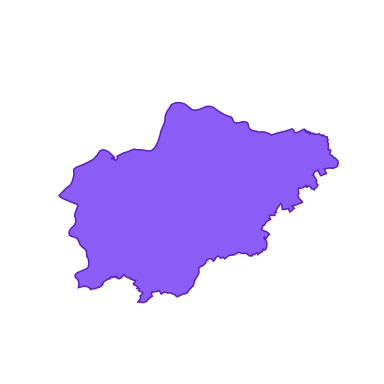 outline of Piltown Lea-5, Kilkenny, Ireland, rotated 152°
{"feature_id": "5873133B76837533212426", "entity_name": "Piltown Lea-5", "entity_type": "district", "adm_level": 2, "iso_a3": "IRL", "parent_name": "Ireland", "parent_adm1": "Kilkenny", "projection": "equal_earth", "projection_center": [-7.187, 52.347], "detail": "fine", "context": "isolated", "style": "filled", "palette": "violet", "viewbox_px": 384, "rotation_deg": 152, "n_neighbors": 0, "source": "geoboundaries", "source_scale": "gbopen_adm2", "svg_char_len": 6029}
<svg xmlns="http://www.w3.org/2000/svg" viewBox="0 0 384 384"><g transform="rotate(152 192 192)"><path d="M337.2,160.9L331.5,159.6L329.8,158.4L328.0,156.5L327.2,154.2L327.4,153.6L325.2,153.2L323.0,152.2L321.6,151.9L320.2,151.9L318.6,151.3L314.5,151.9L314.7,152.5L311.2,154.4L308.9,154.3L307.3,154.7L307.2,154.3L305.6,154.2L304.7,153.8L304.4,155.0L302.6,154.8L302.6,153.9L299.9,153.7L300.0,152.8L298.2,152.8L298.6,151.0L296.9,149.5L294.7,149.5L290.9,150.7L289.7,147.5L288.7,146.2L287.6,146.0L287.3,145.6L287.5,145.1L287.3,144.1L287.0,144.0L284.8,141.3L284.1,140.6L283.2,140.3L284.4,139.4L287.0,138.5L286.8,137.3L285.8,136.2L284.4,133.4L286.0,132.6L284.4,131.7L283.8,131.0L285.6,130.1L284.0,128.1L282.8,126.0L284.8,125.1L286.7,124.6L286.4,124.2L286.9,123.5L286.9,122.8L287.3,122.4L288.5,121.6L288.9,121.6L289.1,121.2L291.4,120.3L287.4,117.5L286.1,117.1L283.3,116.7L282.4,117.3L279.9,118.2L275.9,118.6L275.9,120.3L275.3,122.0L274.4,121.9L274.2,122.4L270.5,120.8L267.6,120.4L267.3,120.3L267.1,116.3L263.4,116.8L261.0,114.2L258.9,113.4L255.6,109.6L254.5,106.5L253.6,106.3L253.4,106.6L252.7,106.3L250.0,106.1L248.8,106.2L245.1,105.2L243.0,105.6L242.9,105.4L242.0,106.2L241.1,106.4L239.9,107.2L238.9,107.2L236.7,108.2L235.2,108.4L232.7,110.8L232.4,111.6L231.7,111.9L231.2,112.8L230.7,112.8L230.0,113.5L229.5,113.5L228.3,114.4L227.5,114.6L227.0,115.2L225.1,116.3L223.8,117.4L223.3,118.0L223.1,119.1L222.2,120.2L221.8,121.8L220.9,122.0L216.0,122.0L213.9,122.7L211.3,124.5L208.0,124.9L206.2,124.1L205.8,120.9L203.8,121.4L203.1,121.8L203.1,122.1L201.1,123.0L199.5,123.4L198.4,122.4L198.0,120.9L197.5,120.3L197.6,119.9L194.9,119.8L194.7,117.7L188.8,118.6L184.4,116.7L179.0,116.8L176.3,114.0L173.1,112.6L172.5,111.8L171.7,109.1L169.6,107.6L168.8,107.4L168.8,107.8L167.7,108.4L166.2,107.3L163.4,108.0L163.2,105.7L162.7,105.9L162.5,106.2L161.2,106.1L161.1,106.3L160.3,106.6L160.0,106.3L159.3,106.4L159.0,106.2L157.8,106.3L156.2,107.5L156.1,108.2L154.8,106.4L152.9,107.3L152.0,108.1L149.6,112.3L149.3,115.2L150.3,116.3L149.9,117.9L149.3,118.1L148.5,116.2L145.2,117.8L143.3,118.4L144.8,121.9L146.6,123.8L148.4,126.4L147.1,127.1L144.8,129.2L144.3,128.6L141.6,129.9L140.8,130.6L135.5,131.1L136.1,132.2L135.3,132.3L135.1,134.6L133.8,134.8L133.1,134.5L132.5,134.2L132.3,133.7L130.7,133.1L129.9,132.4L128.7,134.6L127.0,134.4L127.1,135.9L119.2,140.2L118.8,138.6L120.5,134.1L117.6,132.9L114.5,132.0L115.0,129.9L114.9,128.3L109.2,129.6L110.3,132.6L106.1,131.7L98.8,130.9L99.2,131.1L99.5,133.3L100.4,135.4L100.3,137.9L99.8,139.6L98.9,140.6L98.3,140.6L97.0,144.5L95.8,145.3L94.0,144.2L92.0,143.7L87.8,144.1L87.8,143.7L88.6,142.7L88.1,142.6L88.1,142.1L85.2,142.5L85.1,141.0L84.5,140.3L84.9,140.0L85.1,139.2L83.7,137.6L83.2,136.5L82.5,137.1L79.9,137.7L78.2,138.5L77.6,139.1L77.9,140.5L77.7,141.9L77.2,142.9L76.8,143.0L76.5,144.1L76.7,148.3L77.0,150.0L77.3,150.2L76.4,150.4L76.0,150.7L75.3,152.0L75.7,152.1L72.5,152.2L71.1,151.8L70.5,152.0L70.9,148.4L70.7,146.0L66.5,145.4L65.3,145.1L64.6,145.2L64.2,150.3L60.0,148.9L57.6,147.8L57.7,147.6L57.0,147.3L57.1,147.1L55.7,146.6L52.2,146.3L51.4,146.4L51.2,146.6L51.2,147.2L50.6,147.6L50.3,148.3L49.5,148.4L48.5,151.5L48.9,151.9L49.6,154.8L50.0,154.8L51.0,157.2L51.1,158.5L52.3,159.7L52.7,160.8L50.9,162.3L50.1,163.5L50.5,163.9L50.5,164.8L51.5,164.8L51.8,165.8L51.6,166.3L50.7,167.1L49.9,168.9L50.0,169.4L48.8,170.3L49.0,173.3L48.6,173.8L48.0,173.6L48.4,173.3L47.9,173.4L47.3,174.7L47.5,175.1L46.8,177.3L47.9,177.7L48.2,178.0L48.3,178.6L48.8,179.1L49.0,180.3L49.7,180.7L50.5,180.6L50.5,181.1L51.1,181.0L52.3,183.6L56.2,184.9L56.5,185.3L56.4,185.9L57.8,186.5L57.6,186.9L58.1,186.9L58.1,187.3L58.5,187.6L59.1,187.6L59.5,188.2L59.9,188.0L59.7,188.4L60.4,188.5L60.1,188.9L60.7,188.8L60.5,189.5L60.0,189.5L61.4,189.9L60.7,190.5L61.0,190.9L61.8,191.2L62.5,191.0L62.9,191.5L62.0,191.7L63.4,192.7L63.0,193.1L62.5,192.6L62.3,192.9L62.5,193.4L63.3,193.7L63.1,194.0L63.4,194.9L70.2,195.0L72.4,195.6L73.2,196.3L73.5,197.1L73.2,198.9L73.4,199.9L73.6,200.4L74.6,200.9L81.2,201.9L88.7,203.9L95.5,205.1L95.8,206.5L99.4,210.6L102.7,212.8L104.3,213.0L105.3,214.2L109.7,217.9L111.2,220.3L111.5,221.6L111.5,222.7L110.4,226.3L110.6,227.4L112.5,229.2L114.5,230.4L118.0,231.1L120.3,232.2L121.6,233.3L122.1,234.1L122.2,235.4L121.8,238.1L122.5,240.2L125.4,243.0L127.1,245.1L130.7,251.1L133.4,256.7L134.7,258.2L136.7,259.7L138.7,260.7L146.9,261.6L149.4,262.2L151.3,263.1L153.4,264.9L156.9,273.0L159.5,275.6L163.1,277.9L165.1,278.6L168.0,278.8L169.7,278.6L169.9,278.4L171.9,277.0L175.3,275.4L178.9,272.9L180.8,270.5L181.8,268.7L182.1,268.2L183.3,266.6L183.9,266.1L190.8,260.4L193.1,257.7L197.7,253.0L198.4,252.4L199.0,252.0L199.5,251.6L200.8,250.7L201.0,250.6L202.7,249.4L204.7,248.4L205.2,248.3L205.6,248.1L207.7,247.8L209.5,247.9L210.6,248.3L210.8,248.4L211.9,249.3L212.8,249.9L214.5,251.2L216.2,252.5L217.1,253.0L217.7,253.5L219.6,254.6L220.2,254.9L221.2,255.4L221.5,255.7L221.8,256.0L222.2,256.5L222.7,256.9L224.0,257.1L224.4,257.2L227.9,257.5L228.5,257.5L230.2,257.8L234.0,258.6L240.4,258.8L241.1,258.8L241.4,258.7L241.5,257.9L241.0,257.6L241.2,257.2L244.4,255.7L245.9,257.6L245.2,258.1L247.2,258.8L246.8,259.6L244.9,258.9L244.2,259.1L245.6,263.4L246.4,265.6L246.6,266.3L246.7,266.5L246.9,266.8L247.1,267.1L249.9,270.6L250.9,271.1L251.1,271.2L252.3,271.4L254.0,271.4L255.3,270.9L256.0,270.5L256.5,270.1L257.3,269.7L258.0,269.3L259.2,268.8L262.3,267.6L264.6,267.1L265.6,267.1L267.2,267.3L269.5,267.1L272.9,267.2L276.8,267.5L278.6,267.7L282.7,268.1L284.3,267.8L285.9,267.5L288.3,262.5L291.9,258.4L293.7,256.8L297.1,255.0L300.4,254.7L311.1,251.3L310.6,249.1L307.5,244.8L299.1,234.8L299.0,234.1L299.6,233.1L305.1,228.3L307.0,225.7L307.1,223.6L308.7,220.2L310.9,218.2L316.9,216.2L318.8,215.0L320.1,213.0L320.4,211.1L319.3,209.4L316.7,207.2L315.4,205.3L315.1,202.6L315.5,197.6L314.5,194.2L313.4,192.1L313.0,190.4L313.6,187.9L315.1,184.7L315.0,181.6L316.7,177.1L319.3,174.1L321.4,173.7L330.8,174.6L332.7,174.3L334.3,173.6L335.0,171.9L334.1,168.8L334.2,165.5L336.0,162.3L337.2,160.9Z" fill="#8b5cf6" stroke="#5b21b6" stroke-width="1.5"/></g></svg>